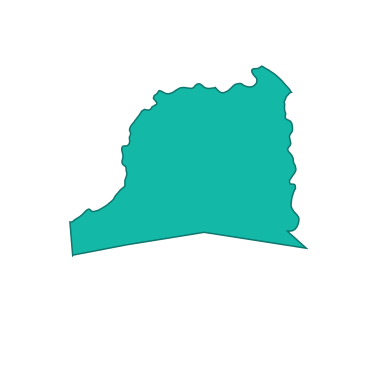 outline of Choucomel, Micoud, Saint Lucia, rotated 331°
{"feature_id": "8701671B85920169217386", "entity_name": "Choucomel", "entity_type": "district", "adm_level": 2, "iso_a3": "LCA", "parent_name": "Saint Lucia", "parent_adm1": "Micoud", "projection": "natural_earth1", "projection_center": [-60.959, 13.833], "detail": "fine", "context": "isolated", "style": "filled", "palette": "teal", "viewbox_px": 384, "rotation_deg": 331, "n_neighbors": 0, "source": "geoboundaries", "source_scale": "gbopen_adm2", "svg_char_len": 5917}
<svg xmlns="http://www.w3.org/2000/svg" viewBox="0 0 384 384"><g transform="rotate(331 192 192)"><path d="M264.7,296.6L256.1,271.7L256.2,271.8L256.4,272.0L256.8,272.5L257.3,272.7L258.3,273.5L258.6,273.6L260.2,274.3L260.6,274.3L260.8,274.4L261.0,274.4L261.2,274.6L263.2,274.6L264.0,274.5L265.8,273.8L266.9,273.3L267.2,273.0L268.1,272.5L269.3,271.4L270.7,270.0L272.0,268.2L272.4,267.5L272.8,266.5L272.9,266.0L272.9,264.4L272.8,264.2L272.7,262.9L272.2,261.0L272.2,260.7L272.0,260.0L271.9,259.5L271.8,259.3L271.8,259.1L271.6,258.7L271.6,258.3L271.5,257.0L271.5,256.7L271.4,255.1L271.6,254.0L271.5,253.7L271.9,252.3L272.7,250.8L273.5,249.7L273.8,249.2L276.0,246.2L277.1,244.9L280.0,242.2L280.5,241.6L281.0,241.3L282.7,240.0L283.7,239.4L283.9,239.1L284.1,239.0L284.5,238.7L284.6,238.1L284.9,237.7L285.2,236.8L285.3,236.4L285.4,236.2L285.4,235.5L285.3,235.3L285.2,235.0L284.8,234.8L284.5,234.3L284.1,234.2L283.9,233.9L283.4,233.7L282.9,233.3L282.2,232.9L281.7,232.5L281.8,231.9L281.9,231.6L282.1,230.9L282.4,230.0L282.6,229.6L283.2,229.0L283.3,229.0L284.2,228.4L286.3,227.4L287.0,227.0L287.2,226.9L288.3,226.3L289.1,226.0L291.3,224.9L292.8,223.8L293.3,223.4L293.7,222.7L293.8,222.5L293.9,222.3L294.3,221.6L294.4,220.8L294.8,220.0L294.9,219.3L295.1,218.3L295.0,217.7L295.1,216.5L295.1,215.9L295.1,215.4L295.4,214.5L295.9,213.7L296.6,211.9L296.8,211.4L296.9,210.5L297.0,209.6L297.0,208.3L296.9,207.7L296.8,206.6L296.6,206.2L296.6,205.5L296.4,205.1L296.3,204.5L296.0,203.4L296.0,202.8L296.3,201.3L296.6,200.8L296.7,200.7L296.9,200.4L297.3,200.1L297.6,200.1L297.7,199.9L298.0,199.9L298.3,199.7L299.2,199.3L299.7,199.0L300.1,199.0L300.9,198.5L301.9,197.4L302.0,197.0L302.2,196.8L302.5,195.3L302.7,195.0L303.4,192.6L304.2,190.6L304.4,190.2L304.8,189.9L305.6,189.4L305.9,189.1L306.1,189.1L306.4,188.9L306.6,188.8L306.8,188.6L307.0,188.6L307.3,188.4L307.7,188.2L307.9,188.2L308.0,188.0L308.5,187.8L309.2,187.3L310.1,186.4L310.3,185.9L310.9,184.8L311.1,184.4L311.7,183.1L312.5,180.5L312.5,178.1L312.2,177.6L312.1,177.3L311.6,176.7L311.3,176.0L310.7,175.3L309.8,174.0L309.7,173.6L309.6,173.1L309.6,172.3L309.8,171.6L310.0,171.2L311.1,170.0L311.9,169.0L312.1,168.1L312.2,167.5L312.3,166.8L312.6,165.6L312.9,164.9L313.1,164.5L313.8,162.9L314.1,162.6L314.2,162.3L314.3,162.2L314.5,161.8L314.7,161.7L314.8,161.4L315.5,160.5L315.6,160.1L315.7,159.9L316.0,159.1L316.0,158.1L317.0,157.4L320.8,154.3L322.0,153.9L325.9,152.6L327.2,152.9L327.1,152.7L327.1,150.1L326.9,148.9L326.0,144.9L325.2,141.6L324.8,139.3L324.0,136.5L322.5,131.8L321.0,128.1L318.8,123.9L318.4,122.9L316.7,120.3L314.9,117.0L314.0,115.7L310.8,116.0L309.2,115.8L308.6,115.5L305.9,114.2L304.9,114.0L304.2,114.0L303.1,114.6L302.5,116.5L302.5,118.8L302.8,120.5L303.5,123.6L303.5,124.3L302.7,126.2L300.8,128.2L298.5,128.9L296.3,129.2L294.5,128.6L292.6,127.7L290.7,126.0L289.0,124.0L287.7,121.2L286.5,120.3L284.7,119.5L283.1,119.1L281.8,118.8L280.3,119.0L273.1,120.9L272.0,120.9L268.7,120.7L268.0,120.5L266.8,120.0L266.0,119.5L265.6,118.9L265.2,118.5L264.6,117.4L264.0,115.8L263.8,115.3L263.4,113.6L263.0,111.8L262.3,111.8L261.3,111.5L259.4,110.6L257.7,110.1L255.7,108.8L254.7,108.0L253.7,106.7L253.3,105.8L252.9,104.6L252.0,102.4L251.3,101.3L250.7,100.8L249.2,100.2L248.4,100.1L246.0,100.6L244.1,101.4L242.3,101.4L241.4,100.9L237.7,98.3L236.4,97.2L234.1,95.9L232.7,95.4L230.8,95.1L227.4,95.2L225.3,95.5L222.5,95.5L221.3,95.2L220.0,95.1L219.2,94.8L217.6,93.8L216.4,92.7L214.2,89.2L213.6,88.4L212.5,87.4L211.4,87.7L210.1,88.5L209.0,89.0L207.7,89.2L205.7,89.4L204.0,90.9L203.6,91.7L203.8,92.7L204.1,93.9L204.2,95.4L204.5,95.9L204.5,96.5L204.3,97.3L203.4,98.2L201.4,98.1L197.9,98.3L197.3,98.9L196.4,99.3L196.0,99.6L193.9,99.4L191.7,98.0L190.8,96.9L190.3,96.7L187.1,96.9L186.5,97.3L186.1,97.4L185.4,98.0L185.1,98.1L182.4,99.5L179.5,100.7L179.0,101.0L178.8,101.0L178.5,101.1L178.1,101.4L177.8,101.4L174.9,102.8L173.5,103.4L173.0,103.5L172.2,103.9L171.9,104.0L171.7,104.1L170.5,104.7L169.2,105.5L168.9,105.8L168.7,106.0L168.3,106.3L168.1,106.6L167.7,107.0L167.5,107.4L167.3,107.7L167.2,108.3L167.1,108.8L167.1,109.4L167.1,109.9L166.8,110.7L166.6,111.2L165.7,112.3L164.0,113.5L163.7,113.9L163.2,114.8L163.0,115.1L162.9,115.7L162.0,117.5L161.5,118.2L161.1,118.7L160.7,119.1L160.2,119.4L159.8,119.6L159.0,119.9L158.4,120.0L157.3,120.0L156.9,119.9L155.0,118.8L153.9,118.5L153.2,118.6L152.3,119.2L151.5,120.1L151.3,120.4L151.1,121.0L150.7,121.8L150.6,122.0L150.6,122.5L150.2,123.7L150.0,124.1L150.0,124.6L149.8,125.3L149.5,126.1L148.9,127.4L148.1,128.6L147.4,129.3L147.3,129.5L146.6,130.1L145.9,130.9L145.6,131.3L145.1,132.2L144.9,133.2L144.9,134.5L145.1,134.9L145.2,135.3L145.7,136.4L146.1,137.3L146.2,137.5L146.2,137.8L146.1,138.6L145.7,139.5L145.5,140.0L144.6,142.0L144.4,142.6L144.4,143.1L144.4,143.4L144.1,144.1L143.0,145.6L142.8,145.7L142.7,145.9L142.2,146.5L141.9,146.8L141.4,147.1L140.7,147.7L140.6,147.9L140.4,148.0L138.9,149.4L138.3,150.4L137.9,151.1L137.7,151.6L137.5,151.9L137.2,152.5L136.7,153.4L136.3,154.2L136.1,154.2L135.9,154.3L135.7,154.4L135.1,154.5L134.6,154.7L134.1,154.7L133.9,154.8L133.4,154.9L132.9,155.0L132.3,155.1L132.0,155.2L131.7,155.2L130.9,155.3L129.5,155.8L129.3,155.8L128.8,156.1L125.3,157.4L124.8,157.5L124.7,157.6L123.1,158.2L119.6,160.4L117.0,161.1L116.3,161.2L115.1,161.5L114.6,161.5L114.4,161.6L114.0,161.6L113.7,161.8L112.4,162.0L111.9,162.1L110.8,162.2L109.3,162.4L103.9,162.6L103.1,162.5L101.5,162.6L99.6,162.2L98.5,162.0L96.6,161.4L96.3,161.4L95.4,160.7L94.9,160.1L94.5,158.8L94.3,158.3L94.2,157.9L94.0,157.4L93.2,156.9L92.8,156.8L91.6,156.8L91.3,156.9L90.8,156.9L89.9,157.1L89.6,157.2L89.3,157.2L89.1,157.4L88.7,157.4L87.6,157.8L87.0,157.9L86.7,158.1L86.1,158.2L86.0,158.3L85.4,158.4L84.9,158.6L82.6,159.0L82.1,159.1L81.2,159.2L76.3,159.4L75.7,159.5L75.2,159.6L74.4,159.8L74.2,159.9L73.9,160.0L72.8,160.0L72.0,159.9L70.7,159.0L56.8,189.8L57.7,189.6L109.3,206.5L183.0,233.1L264.7,296.6Z" fill="#14b8a6" stroke="#0f766e" stroke-width="1.5"/></g></svg>